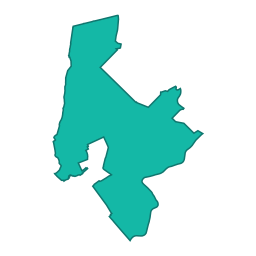 Zuidplas, Zuid-Holland, Netherlands (Mercator projection)
{"feature_id": "6326949B74925869781753", "entity_name": "Zuidplas", "entity_type": "district", "adm_level": 2, "iso_a3": "NLD", "parent_name": "Netherlands", "parent_adm1": "Zuid-Holland", "projection": "mercator", "projection_center": [4.603, 52.0], "detail": "fine", "context": "isolated", "style": "filled", "palette": "teal", "viewbox_px": 256, "rotation_deg": 0, "n_neighbors": 0, "source": "geoboundaries", "source_scale": "gbopen_adm2", "svg_char_len": 5511}
<svg xmlns="http://www.w3.org/2000/svg" viewBox="0 0 256 256"><path d="M72.9,27.3L73.1,27.4L73.0,27.6L72.8,28.0L72.8,28.4L70.6,43.2L70.7,43.7L70.8,43.8L70.4,45.7L70.1,47.7L69.9,48.3L69.6,49.9L69.6,50.8L69.6,51.4L69.3,52.7L69.0,54.5L69.1,55.4L68.7,55.5L69.0,56.4L69.0,56.5L69.0,56.8L69.2,57.3L69.7,57.2L71.0,61.0L71.2,66.2L67.7,70.6L65.7,77.9L65.7,80.3L65.7,81.1L65.6,82.4L65.7,84.3L65.5,85.0L65.4,85.4L65.2,86.0L64.9,86.6L64.9,86.8L64.9,87.9L64.9,89.5L65.0,90.6L64.8,92.5L64.8,92.9L64.2,95.9L64.0,96.6L64.0,97.9L64.3,99.1L64.4,101.3L64.6,103.3L64.5,103.9L64.3,104.6L63.9,106.4L63.7,107.0L63.6,107.4L63.1,108.1L63.0,108.4L63.1,108.9L63.2,109.4L63.3,109.7L63.2,110.6L62.8,112.6L62.6,114.9L62.3,116.4L62.2,117.1L62.0,117.7L61.6,118.8L61.3,119.6L60.2,121.5L59.8,122.4L59.6,123.1L59.4,123.9L59.3,124.3L59.3,125.2L59.4,125.6L59.5,125.8L57.0,134.5L55.6,135.3L54.4,136.4L54.2,136.9L53.9,137.6L54.7,138.8L55.0,139.2L55.4,140.0L55.1,140.3L54.4,140.8L53.5,141.3L53.3,141.5L53.2,141.7L53.6,142.7L53.8,143.7L54.3,146.5L55.0,150.1L55.4,153.0L55.4,153.6L55.0,154.9L55.0,155.2L55.1,155.5L55.2,155.8L55.4,156.1L55.9,156.6L56.2,156.9L56.5,157.1L56.8,157.2L57.4,157.5L57.8,157.8L57.9,158.0L58.6,159.3L59.2,161.0L59.2,161.3L59.2,161.6L59.2,163.0L59.2,163.3L60.4,164.7L61.0,165.4L61.1,165.5L61.0,166.5L60.6,167.2L59.7,169.4L59.6,169.7L59.3,170.2L57.5,172.0L56.3,173.0L55.3,173.5L55.0,173.6L54.7,173.6L55.1,174.3L56.6,175.7L56.7,175.8L56.9,176.2L57.0,176.3L61.5,180.3L62.1,180.3L62.8,180.4L63.8,180.3L63.8,180.5L64.0,180.5L63.9,180.8L64.0,181.1L65.7,179.9L67.9,179.2L68.2,179.1L68.3,178.9L68.4,178.6L68.4,178.2L68.9,178.1L69.1,178.0L68.8,177.5L69.3,177.1L68.8,176.4L69.3,176.0L69.1,175.8L70.1,175.1L70.6,175.8L71.1,175.5L71.0,175.2L71.9,175.5L72.1,175.8L73.2,176.2L73.5,176.1L73.6,175.9L74.9,176.4L76.7,175.8L78.4,175.0L79.8,174.8L80.1,175.2L80.6,174.9L82.2,173.9L82.7,173.5L82.4,173.1L83.4,172.2L83.8,171.9L87.6,168.6L87.1,167.9L86.4,168.4L85.9,167.8L82.6,170.7L82.2,170.3L81.8,170.6L78.3,163.0L87.5,159.4L87.6,157.2L87.7,156.5L87.6,155.6L87.5,154.5L87.2,153.5L86.9,152.5L86.5,151.6L85.8,150.4L88.3,149.0L87.3,146.8L88.3,146.3L87.5,144.5L103.7,137.0L106.2,142.4L108.1,146.7L108.3,147.2L108.3,147.5L108.3,147.8L108.2,147.8L108.0,148.9L106.0,156.6L105.9,157.0L105.4,158.0L105.2,158.5L104.1,163.1L103.7,164.7L103.5,165.4L103.5,165.5L103.6,166.2L103.6,166.3L103.2,166.9L103.1,167.3L103.0,167.7L103.0,168.0L103.1,168.4L103.2,168.6L103.3,168.8L103.7,169.2L104.3,169.7L111.4,174.7L111.5,174.8L110.5,175.4L110.1,175.6L109.3,175.8L109.0,176.0L106.2,177.9L101.6,180.7L99.8,181.4L99.7,181.4L99.3,180.9L99.1,180.8L94.2,184.4L94.0,184.7L93.7,185.3L93.6,185.5L93.1,185.8L93.1,186.1L92.8,186.3L106.5,205.0L111.2,212.8L111.8,213.4L110.5,214.5L110.9,215.1L109.3,216.5L111.5,219.1L112.6,220.2L113.2,221.0L114.0,222.0L120.6,229.7L130.1,240.6L130.6,239.7L131.1,238.9L131.7,238.2L132.2,237.6L132.8,237.1L133.2,236.8L133.8,236.4L134.5,236.1L135.1,235.9L136.4,235.7L137.9,235.8L140.1,235.9L142.1,235.9L142.5,235.8L143.1,235.6L143.7,235.3L144.4,235.0L145.1,234.4L145.4,234.0L145.7,233.6L146.0,233.3L146.1,232.9L146.4,232.0L148.3,224.3L149.1,221.8L149.4,220.3L150.0,217.6L150.2,216.1L150.5,213.8L150.7,212.4L150.8,211.7L151.1,211.0L151.4,210.3L151.7,210.0L152.3,209.3L152.9,208.8L153.5,208.5L153.9,208.3L156.2,207.3L156.9,206.9L157.4,206.3L157.8,205.7L158.0,205.3L158.0,205.0L158.1,204.3L158.0,203.6L158.0,203.2L157.8,202.6L157.6,202.0L157.1,201.4L156.8,200.8L156.0,200.0L155.9,199.8L155.7,199.4L154.2,196.3L152.7,194.2L152.1,192.8L151.4,191.8L149.4,189.7L147.6,187.8L143.6,184.2L143.0,183.5L142.5,182.9L142.3,182.5L142.1,182.1L142.0,181.5L142.0,180.9L142.2,180.3L142.3,179.9L142.7,179.3L143.0,178.9L143.5,178.4L143.9,178.0L144.8,177.4L145.9,177.2L148.3,176.7L149.8,176.4L153.1,175.5L155.2,174.8L158.9,173.9L160.7,173.3L162.4,172.3L163.2,171.8L164.1,170.9L165.8,169.2L166.4,168.6L167.5,167.8L168.3,167.2L168.8,167.0L169.7,166.7L171.6,166.3L174.6,165.2L176.7,164.5L177.5,164.2L180.4,163.5L181.4,163.1L182.0,162.7L182.7,162.2L183.3,161.5L183.8,160.6L184.2,159.5L184.4,158.7L184.5,157.7L184.8,155.8L185.0,154.3L185.1,153.4L185.2,152.9L185.4,152.2L185.7,151.7L185.9,151.2L186.3,150.7L186.7,150.2L187.4,149.6L189.4,148.1L190.3,147.4L192.2,145.4L192.6,144.8L193.7,143.2L194.8,141.6L195.9,140.1L196.3,139.7L201.5,134.6L202.8,133.6L197.9,130.7L193.9,133.2L183.9,123.3L175.6,121.7L172.1,118.2L179.5,110.6L180.0,110.2L180.5,109.8L181.0,109.6L181.8,109.4L182.7,109.2L183.2,109.3L183.3,109.2L183.9,108.3L181.6,106.7L178.9,104.6L178.5,104.1L178.3,103.7L178.1,103.5L178.0,103.2L177.7,102.6L177.5,101.8L177.4,100.9L177.4,100.3L177.4,99.9L177.5,99.4L177.7,98.7L177.8,98.5L178.2,97.8L179.4,96.1L179.9,95.2L180.4,94.2L180.7,93.0L180.8,91.7L180.8,90.7L180.7,89.7L180.6,89.2L180.3,88.5L179.3,89.2L177.9,89.9L177.5,90.0L177.2,89.9L176.9,89.9L176.6,89.7L176.3,89.5L176.0,88.9L176.3,87.1L175.6,86.3L173.0,87.6L169.8,89.3L169.3,89.6L168.8,90.0L168.0,90.9L167.6,91.4L165.3,90.8L161.4,92.1L160.7,92.1L160.6,94.1L160.5,94.9L148.3,107.3L137.1,102.8L136.5,102.1L136.2,102.4L135.6,102.1L118.4,85.2L100.2,67.4L117.3,49.9L116.2,48.8L119.9,48.2L120.1,48.1L120.4,47.9L121.0,44.7L121.1,44.1L120.7,44.0L120.4,44.0L120.4,43.9L120.1,43.9L119.8,43.7L118.1,43.4L117.6,43.1L115.6,41.3L115.4,41.2L115.6,39.3L116.1,35.9L117.5,30.1L117.7,28.3L118.3,21.3L118.4,19.8L118.5,19.5L118.3,16.8L118.1,15.5L117.8,15.4L117.4,15.4L109.8,17.3L96.3,20.6L94.5,21.0L93.4,21.1L92.2,21.6L84.4,23.5L84.1,23.4L83.9,23.4L83.5,23.7L82.1,24.1L73.2,26.3L72.9,27.3Z" fill="#14b8a6" stroke="#0f766e" stroke-width="1.5"/></svg>